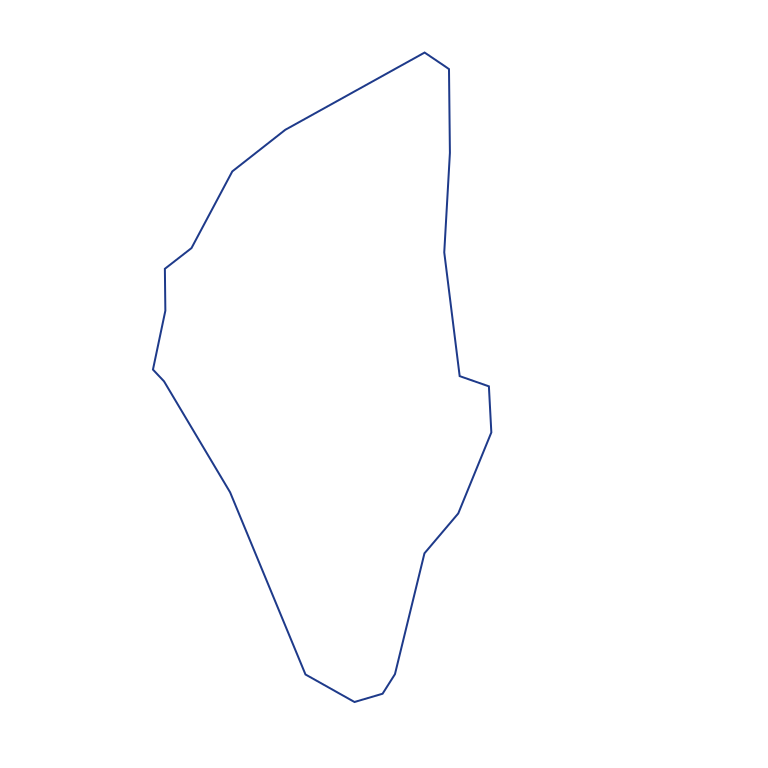 an SVG outline of Blaenau Gwent, rotated 241°
{"feature_id": "GBR-2131", "entity_name": "Blaenau Gwent", "entity_type": "Unitary Authority (wales)", "adm_level": 1, "iso_a3": "GBR", "parent_name": "United Kingdom", "parent_adm1": "", "projection": "equal_earth", "projection_center": [-3.185, 51.758], "detail": "fine", "context": "isolated", "style": "outline", "palette": "blue", "viewbox_px": 768, "rotation_deg": 241, "n_neighbors": 0, "source": "natural_earth", "source_scale": "10m", "svg_char_len": 454}
<svg xmlns="http://www.w3.org/2000/svg" viewBox="0 0 768 768"><g transform="rotate(241 384 384)"><path d="M331.1,474.6L289.6,454.4L234.8,386.2L216.3,337.3L124.9,252.9L113.8,232.6L120.2,204.0L168.0,174.5L363.9,196.9L493.0,192.9L508.6,188.9L554.1,228.3L591.0,248.2L596.2,281.5L643.5,354.4L654.2,420.9L654.2,500.5L654.2,580.2L631.0,592.0L627.9,593.5L554.2,553.7L469.9,500.5L354.2,454.0L331.1,474.6Z" fill="none" stroke="#1e3a8a" stroke-width="2"/></g></svg>